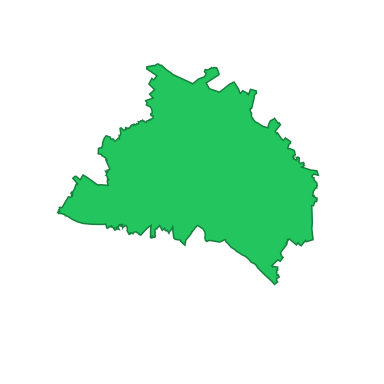 outline of Dolores Hidalgo Cuna de la Independencia Nacional, Guanajuato, Mexico, rotated 49°
{"feature_id": "50627088B75403273518894", "entity_name": "Dolores Hidalgo Cuna de la Independencia Nacional", "entity_type": "district", "adm_level": 2, "iso_a3": "MEX", "parent_name": "Mexico", "parent_adm1": "Guanajuato", "projection": "mercator", "projection_center": [-100.949, 21.105], "detail": "fine", "context": "isolated", "style": "filled", "palette": "green", "viewbox_px": 384, "rotation_deg": 49, "n_neighbors": 0, "source": "geoboundaries", "source_scale": "gbopen_adm2", "svg_char_len": 6001}
<svg xmlns="http://www.w3.org/2000/svg" viewBox="0 0 384 384"><g transform="rotate(49 192 192)"><path d="M67.9,144.0L69.3,145.4L81.3,142.2L82.3,147.4L79.9,147.7L82.2,153.7L90.3,153.1L90.3,159.8L95.6,159.7L92.6,167.0L95.6,167.6L96.2,169.3L97.4,169.1L99.9,167.7L101.2,167.7L104.0,168.5L106.1,170.2L106.5,171.4L106.0,171.7L107.3,172.8L108.0,172.5L108.2,171.9L108.7,172.1L109.4,171.7L110.5,172.8L110.4,175.7L109.7,175.8L109.9,176.9L109.4,177.3L109.5,178.1L108.8,179.1L109.5,180.9L107.5,181.8L106.8,181.7L106.4,182.4L105.5,182.2L105.6,182.5L104.7,183.8L104.7,185.2L104.0,186.3L104.4,186.2L105.4,188.1L104.1,189.0L104.5,190.4L102.8,191.2L103.3,192.2L102.8,192.2L102.0,193.0L102.0,194.8L102.5,195.1L102.3,196.1L102.8,197.0L102.1,198.0L102.3,198.5L99.9,199.6L100.1,200.3L101.7,200.7L100.2,203.3L97.6,203.2L97.0,203.6L96.8,204.6L101.2,207.5L102.2,208.7L101.9,209.8L101.6,209.9L104.2,211.8L103.0,212.4L103.4,216.1L102.5,217.1L100.7,216.6L100.0,217.0L98.9,218.6L97.0,217.7L93.2,219.9L94.0,223.1L96.0,226.9L98.1,229.0L99.4,231.0L99.2,231.6L98.7,231.6L97.8,234.0L101.6,237.7L104.3,235.7L105.0,235.7L105.5,236.2L106.6,235.6L109.9,234.9L111.7,235.3L111.1,235.6L111.1,235.9L120.9,239.0L120.4,240.8L121.3,242.2L120.1,242.0L120.6,242.8L120.3,242.7L119.8,243.3L120.3,243.6L120.1,243.7L122.1,244.1L122.6,245.3L123.2,245.6L123.1,245.9L124.0,245.7L125.0,245.9L125.8,246.6L128.1,246.7L127.9,247.0L126.9,247.2L127.7,248.2L128.8,249.3L132.0,250.9L127.1,255.7L124.7,258.6L111.3,261.8L107.7,263.0L109.4,268.5L104.1,269.2L103.5,269.8L103.4,273.0L110.8,272.9L111.3,273.3L110.1,274.0L110.2,274.6L112.8,279.2L113.6,281.9L115.0,283.4L113.2,283.1L113.5,284.3L115.7,284.3L115.5,285.0L117.2,285.2L116.1,285.6L116.4,287.2L114.5,288.4L118.6,300.5L116.9,301.6L116.7,302.3L118.1,303.2L118.1,304.4L118.7,304.0L119.7,304.5L119.1,306.7L120.8,306.8L121.4,305.6L125.6,302.8L126.7,303.2L128.7,301.8L134.3,300.2L139.2,298.1L144.3,294.8L150.7,288.7L157.7,280.9L159.8,278.0L162.8,279.8L163.7,279.8L164.1,278.5L163.7,278.1L164.0,277.8L164.7,274.9L165.4,275.1L165.6,275.5L165.8,275.0L166.8,275.1L167.7,274.4L168.4,275.2L170.3,275.1L170.5,273.7L169.5,272.9L170.5,272.8L172.4,271.6L171.5,271.4L171.3,271.9L170.3,271.9L169.6,271.4L170.4,271.0L170.2,270.3L169.3,269.3L169.7,268.4L169.2,268.2L170.3,266.7L170.2,268.3L171.0,268.0L170.5,267.4L171.5,266.2L172.3,267.5L172.9,267.4L173.5,267.7L173.1,267.0L173.6,266.3L173.3,265.0L173.8,264.5L173.6,264.0L173.9,263.8L175.4,263.9L176.5,264.4L177.7,265.2L178.7,266.4L181.1,266.9L181.4,266.7L182.2,266.9L182.3,266.5L182.7,267.2L182.9,266.9L182.5,266.7L182.6,266.1L183.0,266.0L183.2,265.5L182.9,264.6L184.8,264.0L184.4,261.7L185.5,260.2L186.7,260.2L187.5,259.6L189.4,259.7L189.3,259.4L190.9,258.9L189.9,249.6L190.4,244.7L192.8,247.5L199.1,253.2L200.0,252.9L200.1,252.4L199.3,252.6L199.6,251.7L198.9,251.5L199.0,251.1L200.7,251.6L201.1,250.7L201.0,249.8L201.7,249.9L201.7,249.7L201.3,248.5L199.2,247.5L198.6,246.2L197.2,245.8L196.8,245.2L196.2,244.9L196.2,242.8L196.6,242.8L196.7,242.3L196.4,242.1L196.2,241.5L196.2,239.6L196.5,239.6L196.6,239.2L196.3,238.5L201.4,239.7L201.2,236.5L203.3,237.4L204.4,237.0L204.5,235.8L208.0,236.5L207.1,234.6L206.8,232.2L205.5,229.4L207.0,230.1L207.9,231.3L214.7,235.9L216.7,235.7L220.5,232.5L221.3,232.9L227.5,232.3L224.2,228.1L223.5,222.9L222.6,219.2L221.9,218.3L222.2,217.6L221.6,216.4L221.7,215.0L221.0,213.0L221.1,211.5L220.7,210.2L221.2,209.6L226.8,208.0L230.5,208.4L233.6,210.6L235.2,212.5L237.7,213.7L238.3,213.0L239.1,213.2L239.4,211.7L240.3,210.3L248.0,203.9L249.8,198.0L252.1,199.1L254.1,198.7L259.7,198.7L263.6,197.4L265.1,197.5L272.8,195.2L275.6,193.9L279.8,193.3L284.0,193.3L288.1,191.6L292.7,192.1L299.5,191.7L312.6,190.3L315.9,190.4L316.0,187.6L315.8,187.3L316.1,186.4L314.2,186.1L312.7,184.9L313.0,184.6L313.4,181.9L311.1,181.3L310.6,182.5L306.5,179.4L307.2,178.7L304.9,176.6L301.2,179.9L301.3,180.3L300.0,180.1L299.5,171.9L302.1,170.9L301.1,166.1L299.8,166.5L295.9,165.1L293.8,155.3L293.4,155.2L293.4,154.3L292.3,154.3L292.3,153.2L292.1,153.2L291.6,151.5L290.6,151.5L290.5,151.1L291.3,151.0L291.2,149.4L300.5,147.9L299.9,145.4L302.1,145.4L304.2,144.8L303.0,138.0L304.5,138.4L307.4,131.9L298.5,125.8L293.7,121.0L280.9,110.6L282.1,109.2L280.0,106.2L279.9,105.4L280.5,105.0L280.4,104.7L280.9,104.2L279.9,102.7L279.4,102.9L278.8,101.7L276.9,102.7L275.7,102.5L276.0,103.0L275.2,103.3L274.6,102.3L273.9,102.9L274.1,103.3L273.9,103.4L271.1,99.9L270.1,95.9L270.8,95.2L269.5,94.1L269.1,93.5L269.3,93.3L266.9,91.8L262.6,92.0L261.4,90.6L259.4,91.6L259.1,91.3L258.5,90.4L258.4,88.4L259.0,88.2L259.5,87.3L260.5,87.0L262.2,85.7L257.9,83.8L253.7,87.7L245.2,92.9L245.8,90.3L245.1,90.6L244.3,88.9L242.8,88.5L241.5,91.6L238.7,91.4L238.7,90.6L236.5,88.6L234.9,89.5L235.0,90.1L234.5,90.6L235.5,90.8L236.4,92.5L235.6,92.5L233.8,93.6L233.6,93.1L232.3,93.2L231.6,92.5L231.8,92.3L231.3,92.3L231.2,91.0L231.8,90.8L231.9,90.4L231.5,89.5L230.4,89.1L229.1,88.1L227.6,87.6L223.6,89.6L222.4,91.1L221.9,90.9L221.1,90.1L220.3,88.4L219.5,88.0L219.9,85.7L219.2,85.4L218.8,84.6L212.5,86.0L213.1,89.1L212.7,89.2L209.8,89.5L203.4,88.7L203.5,89.8L200.8,89.4L199.3,81.1L197.0,80.8L196.9,81.9L190.5,81.4L190.6,82.3L189.7,86.2L191.3,89.9L193.4,92.5L189.9,94.9L187.3,96.0L184.0,96.8L180.5,98.2L176.9,98.2L176.3,97.7L175.8,97.8L175.8,98.1L173.9,97.6L171.8,95.5L169.8,95.1L167.4,93.7L167.1,93.1L168.0,92.4L168.0,92.0L162.0,83.7L160.2,81.7L159.4,80.0L159.9,79.1L159.5,78.2L157.8,77.2L152.9,80.5L155.5,85.2L154.6,85.1L154.7,85.7L154.2,85.9L154.0,85.3L148.8,87.3L149.4,90.8L148.5,90.8L145.0,89.4L136.7,88.1L136.1,89.0L136.0,91.0L135.4,92.0L134.7,106.0L133.3,106.5L125.6,111.1L119.0,109.8L121.2,94.7L120.6,94.1L115.4,92.1L114.2,92.1L113.8,92.8L113.2,93.0L112.4,93.8L112.1,95.2L111.4,95.8L110.9,95.7L111.0,96.9L110.5,98.0L110.7,98.8L109.3,101.1L108.3,101.6L109.3,103.7L110.0,103.8L111.3,103.3L112.0,103.6L113.2,107.0L111.0,112.9L110.8,120.4L90.6,129.4L88.6,129.6L82.9,131.1L76.3,131.9L74.9,133.3L73.5,133.2L72.5,134.5L72.2,137.3L71.3,138.0L67.9,144.0Z" fill="#22c55e" stroke="#15803d" stroke-width="1.5"/></g></svg>